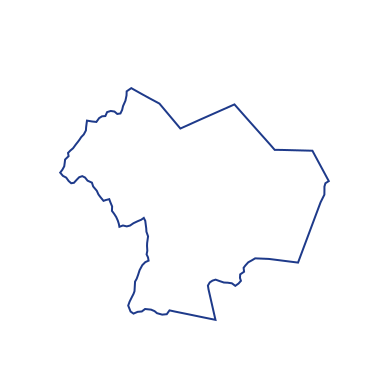 outline of Itaporanga, Paraíba, Brazil, rotated 323°
{"feature_id": "56859067B19196458255642", "entity_name": "Itaporanga", "entity_type": "district", "adm_level": 2, "iso_a3": "BRA", "parent_name": "Brazil", "parent_adm1": "Paraíba", "projection": "robinson", "projection_center": [-38.236, -7.279], "detail": "fine", "context": "isolated", "style": "outline", "palette": "blue", "viewbox_px": 384, "rotation_deg": 323, "n_neighbors": 0, "source": "geoboundaries", "source_scale": "gbopen_adm2", "svg_char_len": 1836}
<svg xmlns="http://www.w3.org/2000/svg" viewBox="0 0 384 384"><g transform="rotate(323 192 192)"><path d="M110.2,89.7L107.9,92.1L105.4,94.6L101.9,96.2L98.4,97.2L98.6,101.4L100.2,104.8L100.1,109.0L100.8,112.3L103.2,113.6L107.5,112.8L110.8,112.3L113.9,113.3L115.3,116.1L115.4,120.1L117.7,124.3L116.4,128.1L116.7,133.7L115.8,137.7L115.8,141.0L116.0,145.8L118.5,146.6L121.6,147.9L120.6,151.2L119.5,155.5L116.7,158.9L116.7,162.3L116.4,166.4L115.5,170.3L114.4,173.4L113.1,176.1L116.7,177.2L119.2,180.2L122.3,181.5L126.5,181.7L130.9,182.6L134.8,183.6L137.9,183.7L137.3,186.9L133.5,193.6L131.7,196.3L130.2,201.0L125.5,205.7L123.7,207.9L120.9,212.1L118.2,214.5L117.5,217.8L116.0,220.7L112.5,219.9L108.3,220.5L103.1,222.9L99.0,225.8L95.6,228.0L92.6,229.3L89.2,233.3L86.4,236.6L84.1,238.1L80.4,239.9L76.2,242.0L72.7,244.3L71.0,250.5L72.1,253.9L76.5,255.0L80.0,257.2L84.1,257.2L88.5,261.3L90.4,264.6L91.1,267.7L94.4,272.0L98.3,274.4L102.8,273.0L106.4,277.2L115.7,287.7L125.9,299.3L133.8,308.2L146.6,279.7L148.4,276.3L151.8,274.9L155.0,275.1L158.1,276.2L160.2,279.4L163.0,283.5L165.9,285.9L168.9,288.9L170.1,293.0L174.1,293.1L177.6,292.4L178.6,289.5L180.9,286.8L185.6,287.0L187.6,283.6L190.4,282.8L194.6,282.0L198.8,282.6L202.5,283.0L213.1,291.7L234.2,312.2L288.5,277.6L296.1,273.8L298.9,270.2L301.0,267.4L303.8,265.3L307.8,265.6L313.0,231.5L288.6,212.1L283.4,208.1L282.9,200.8L280.4,170.5L278.6,147.6L242.5,139.2L220.9,134.3L219.2,101.8L214.2,91.0L210.7,83.2L206.0,72.5L200.4,72.3L197.8,75.5L193.8,79.0L188.6,81.9L185.6,84.4L182.1,86.2L179.3,84.7L178.5,81.1L175.9,78.4L172.3,77.1L168.5,79.2L165.7,77.4L162.3,77.1L157.8,78.5L154.6,75.5L151.1,71.8L149.0,73.9L146.2,76.8L144.3,79.0L140.2,80.9L136.5,81.5L133.7,82.5L131.0,83.3L127.9,84.1L123.3,85.5L119.7,85.7L116.5,86.2L115.0,89.1L110.2,89.7Z" fill="none" stroke="#1e3a8a" stroke-width="2"/></g></svg>